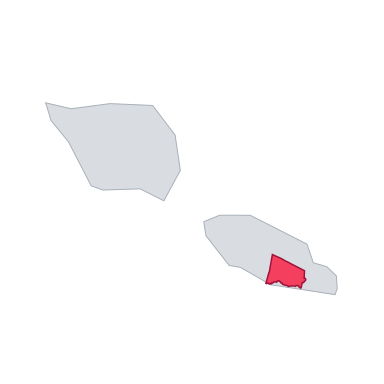 Falealili, Tuamasaga, Samoa shown in context, rotated 9°
{"feature_id": "51752279B81921466612681", "entity_name": "Falealili", "entity_type": "district", "adm_level": 2, "iso_a3": "WSM", "parent_name": "Samoa", "parent_adm1": "Tuamasaga", "projection": "robinson", "projection_center": [-171.676, -13.991], "detail": "fine", "context": "in_parent", "style": "filled", "palette": "rose", "viewbox_px": 384, "rotation_deg": 9, "n_neighbors": 0, "source": "geoboundaries", "source_scale": "gbopen_adm2", "svg_char_len": 3082}
<svg xmlns="http://www.w3.org/2000/svg" viewBox="0 0 384 384"><g transform="rotate(9 192 192)"><path d="M139.6,112.7L166.4,138.4L177.1,172.5L165.6,205.1L140.3,197.0L103.7,204.0L91.5,201.7L62.1,161.7L41.7,143.6L33.5,126.8L59.5,128.7L97.3,117.5L139.6,112.7ZM349.4,271.0L284.1,271.3L251.7,258.9L240.3,258.8L212.6,233.0L208.3,219.5L222.9,210.6L253.1,205.9L313.7,225.5L322.9,242.9L336.8,244.7L347.7,252.3L350.5,264.5L349.4,271.0Z" fill="#d9dde1" stroke="#a8b0b8" stroke-width="1"/><path d="M284.8,242.2L281.2,241.2L280.9,254.7L281.0,257.1L280.2,262.2L279.9,265.3L279.3,270.6L279.5,270.6L279.9,270.8L280.0,270.8L280.0,270.7L280.3,270.6L280.4,270.4L280.5,270.3L280.8,270.2L281.1,270.2L281.4,270.2L281.5,270.3L281.8,270.4L281.9,270.5L282.0,270.5L282.3,270.5L282.5,270.6L282.7,270.4L282.8,270.4L283.0,270.4L283.2,270.5L283.3,270.5L283.5,270.4L283.5,270.5L283.8,270.4L284.0,270.3L284.0,270.2L284.2,270.3L284.2,270.2L284.3,270.2L284.3,270.3L284.3,270.2L284.5,270.0L284.7,269.8L284.8,269.8L284.8,269.7L285.0,269.5L285.3,269.5L285.3,269.4L285.5,269.3L285.7,269.2L285.8,269.2L286.1,269.1L286.3,268.9L286.4,268.7L286.5,268.6L286.6,268.3L286.7,268.1L286.8,268.0L287.1,267.9L287.3,267.9L287.6,268.0L288.0,267.9L288.3,267.8L288.6,267.7L288.8,267.7L289.0,267.6L289.3,267.7L289.6,267.8L289.6,267.7L289.8,267.7L289.8,267.4L289.9,267.2L290.0,267.0L290.1,266.8L290.1,266.7L290.3,266.4L290.5,266.4L290.8,266.3L291.1,266.4L291.3,266.3L291.5,266.3L291.8,266.3L292.0,266.4L292.1,266.2L292.2,266.3L292.3,266.4L292.5,266.5L292.9,266.7L292.9,266.8L293.0,266.8L293.4,267.0L293.5,267.0L293.8,267.2L293.9,267.3L293.9,267.5L294.0,267.8L294.2,268.0L294.3,268.0L294.6,268.0L294.8,268.0L295.0,268.1L295.4,268.2L295.5,268.2L295.5,268.5L295.8,268.8L295.9,269.0L296.0,269.1L296.3,269.1L296.5,269.1L296.8,269.1L297.0,269.1L297.4,269.3L297.8,269.4L298.2,269.4L298.3,269.4L298.6,269.4L298.8,269.4L299.0,269.4L299.6,269.4L299.9,269.4L300.3,269.4L300.5,269.5L301.2,269.8L301.3,269.8L301.6,270.0L301.8,270.3L302.0,270.2L302.3,270.1L302.6,270.0L302.9,269.9L303.0,269.9L303.3,269.8L303.5,269.7L303.8,269.6L304.1,269.5L304.3,269.4L304.7,269.3L304.8,269.3L305.1,269.3L305.5,269.2L306.0,269.1L306.3,269.0L306.6,269.0L306.9,269.0L307.3,268.9L307.8,268.9L308.2,268.8L308.4,268.8L308.7,268.7L308.8,268.6L309.2,268.6L309.3,268.4L309.3,268.5L309.5,268.3L309.8,268.2L310.0,268.1L310.4,268.0L310.5,267.9L310.9,267.8L311.1,267.7L311.3,267.8L311.4,268.0L311.6,268.2L311.8,268.1L312.0,268.2L312.1,268.3L312.4,268.6L312.5,268.7L312.5,268.8L312.6,269.0L312.8,269.3L313.0,269.5L313.5,269.6L313.9,269.7L314.0,269.7L314.4,269.9L314.5,269.9L314.7,269.4L314.9,268.2L314.9,264.6L315.1,264.4L315.4,264.3L315.5,264.4L315.7,264.2L315.8,264.1L316.0,264.2L316.3,264.0L316.4,263.8L316.6,263.5L316.7,263.4L317.0,262.9L317.8,261.7L318.0,261.3L318.0,261.2L318.1,260.9L317.8,260.3L317.7,260.1L317.7,259.9L317.6,259.7L316.3,259.6L315.4,252.1L313.4,251.5L306.8,249.3L304.4,248.5L303.4,248.2L302.6,247.9L301.0,247.4L298.3,246.4L295.1,245.5L291.9,244.2L290.0,243.6L288.3,243.1L287.0,242.8L284.8,242.2Z" fill="#f43f5e" stroke="#9f1239" stroke-width="1.5"/></g></svg>